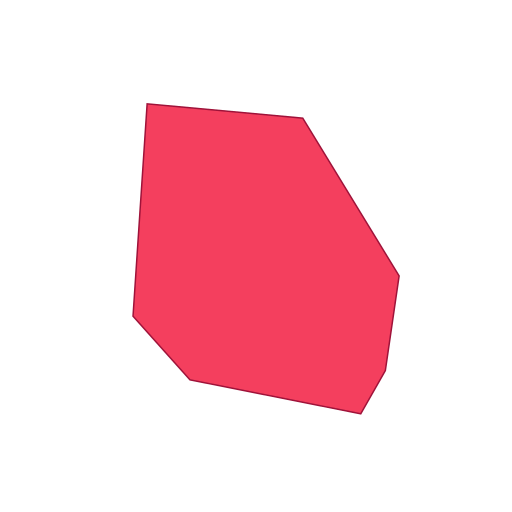 map outline of Niue (Robinson projection), rotated 126°
{"feature_id": "NIU", "entity_name": "Niue", "entity_type": "country or territory", "adm_level": 0, "iso_a3": "NIU", "parent_name": "Oceania", "parent_adm1": "", "projection": "robinson", "projection_center": [-169.857, -19.052], "detail": "fine", "context": "isolated", "style": "filled", "palette": "rose", "viewbox_px": 512, "rotation_deg": 126, "n_neighbors": 0, "source": "natural_earth", "source_scale": "50m", "svg_char_len": 265}
<svg xmlns="http://www.w3.org/2000/svg" viewBox="0 0 512 512"><g transform="rotate(126 256 256)"><path d="M377.0,320.1L196.9,433.5L117.0,299.2L188.0,128.5L272.7,84.0L322.1,78.5L395.0,236.6L377.0,320.1Z" fill="#f43f5e" stroke="#9f1239" stroke-width="1.5"/></g></svg>